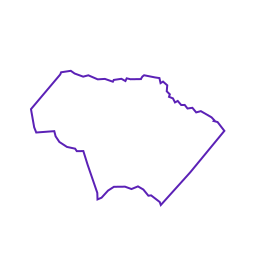 the district of Bulloch, Georgia, United States of America, rotated 328°
{"feature_id": "52423323B90493034811524", "entity_name": "Bulloch", "entity_type": "district", "adm_level": 2, "iso_a3": "USA", "parent_name": "United States of America", "parent_adm1": "Georgia", "projection": "natural_earth1", "projection_center": [-81.717, 32.403], "detail": "fine", "context": "isolated", "style": "outline", "palette": "violet", "viewbox_px": 256, "rotation_deg": 328, "n_neighbors": 0, "source": "geoboundaries", "source_scale": "gbopen_adm2", "svg_char_len": 923}
<svg xmlns="http://www.w3.org/2000/svg" viewBox="0 0 256 256"><g transform="rotate(328 128 128)"><path d="M55.7,60.6L48.8,77.7L47.8,83.2L63.8,91.6L62.2,96.7L62.4,103.5L66.2,111.7L72.2,117.5L72.3,120.5L77.9,123.9L74.3,137.7L67.6,166.7L64.3,172.4L68.6,173.1L77.9,170.5L84.9,170.4L94.4,176.2L98.6,181.6L105.5,182.8L108.4,188.3L109.4,196.2L111.9,197.4L115.7,207.6L115.0,210.7L157.2,198.6L208.2,181.5L207.1,170.4L204.4,167.5L205.3,167.2L204.5,163.2L198.7,152.3L194.1,150.9L193.3,145.0L188.8,143.0L188.3,138.5L185.3,136.7L184.5,131.4L181.4,131.2L181.8,126.7L179.3,123.3L181.3,121.6L180.3,117.4L183.9,112.6L182.3,107.2L179.4,107.2L181.1,102.3L177.8,99.5L169.6,91.8L167.5,92.0L165.0,93.2L165.6,93.8L156.0,88.0L153.2,85.2L150.7,86.8L148.5,82.8L141.4,79.7L139.7,80.7L134.4,74.1L128.1,70.7L122.3,62.3L117.2,60.7L111.6,53.5L109.8,49.2L100.8,45.3L98.9,46.7L71.2,55.6L55.7,60.6Z" fill="none" stroke="#5b21b6" stroke-width="2"/></g></svg>